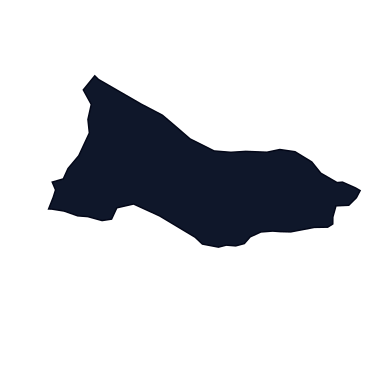 outline of Gagnef, Dalarna, Sweden, rotated 30°
{"feature_id": "70781695B69393603078099", "entity_name": "Gagnef", "entity_type": "district", "adm_level": 2, "iso_a3": "SWE", "parent_name": "Sweden", "parent_adm1": "Dalarna", "projection": "equal_earth", "projection_center": [14.938, 60.467], "detail": "fine", "context": "isolated", "style": "filled", "palette": "ink", "viewbox_px": 384, "rotation_deg": 30, "n_neighbors": 0, "source": "geoboundaries", "source_scale": "gbopen_adm2", "svg_char_len": 861}
<svg xmlns="http://www.w3.org/2000/svg" viewBox="0 0 384 384"><g transform="rotate(30 192 192)"><path d="M49.7,140.0L46.8,157.9L61.0,166.5L65.6,181.2L73.6,192.2L75.8,217.2L72.9,233.6L74.0,245.0L66.0,253.3L72.8,258.4L74.5,266.1L76.3,278.4L79.1,276.9L90.6,272.5L104.9,269.8L114.1,265.4L128.4,261.7L135.9,255.7L134.8,243.3L147.4,231.6L176.0,228.9L217.3,229.6L227.0,231.9L242.5,226.5L248.2,220.9L256.8,216.8L258.5,215.1L263.1,210.5L264.8,201.8L271.6,192.2L281.4,185.5L288.2,182.2L297.4,177.2L315.6,161.5L327.1,154.6L329.9,149.3L326.5,143.3L323.6,132.0L334.4,125.1L337.2,114.8L336.9,106.7L331.6,106.7L317.4,108.2L312.9,111.3L294.1,111.3L280.7,106.1L261.1,105.6L246.8,111.3L237.0,120.1L218.3,129.9L205.8,138.2L190.6,145.4L163.8,147.0L145.0,143.4L128.0,140.3L103.9,141.3L78.0,141.3L54.7,141.3L49.7,140.0Z" fill="#0f172a" stroke="#020617" stroke-width="1.5"/></g></svg>